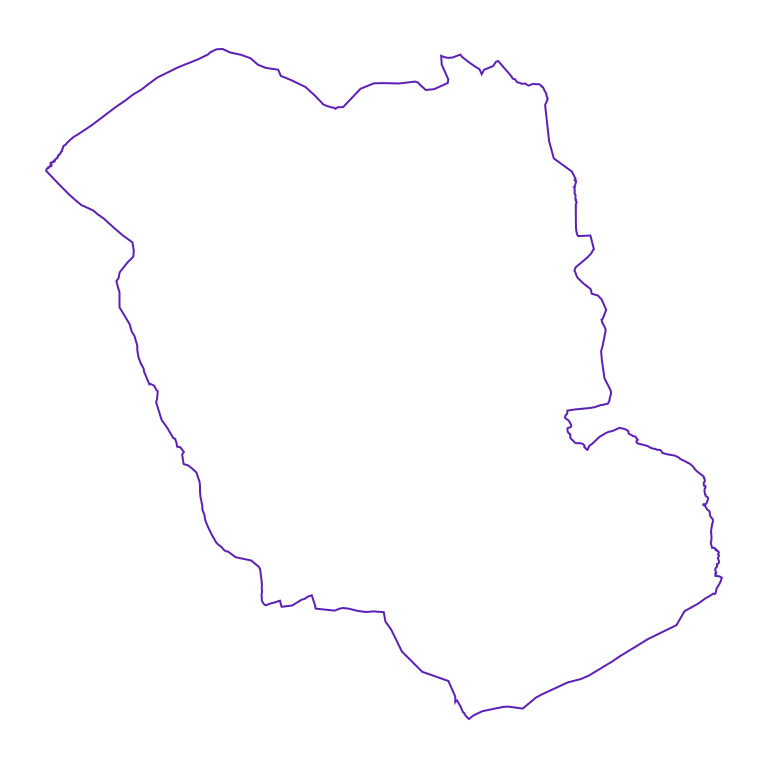 Hjartdal nor, Telemark, Norway (Albers equal-area conic projection)
{"feature_id": "86288312B76434721018946", "entity_name": "Hjartdal nor", "entity_type": "district", "adm_level": 2, "iso_a3": "NOR", "parent_name": "Norway", "parent_adm1": "Telemark", "projection": "albers", "projection_center": [8.717, 59.692], "detail": "fine", "context": "isolated", "style": "outline", "palette": "violet", "viewbox_px": 768, "rotation_deg": 0, "n_neighbors": 0, "source": "geoboundaries", "source_scale": "gbopen_adm2", "svg_char_len": 6000}
<svg xmlns="http://www.w3.org/2000/svg" viewBox="0 0 768 768"><path d="M469.0,719.0L473.3,715.5L482.4,711.2L503.2,706.9L508.4,706.6L522.7,708.6L535.9,697.6L542.6,694.0L567.8,682.4L580.9,679.0L588.8,675.6L612.5,661.3L619.0,656.8L647.9,639.1L676.5,625.1L684.5,611.2L698.0,603.7L705.5,598.3L708.4,596.8L713.3,593.6L714.5,594.0L715.5,593.4L716.7,588.2L719.3,584.2L720.6,581.2L721.0,580.9L721.2,579.3L721.9,577.9L720.4,576.8L719.0,576.3L715.4,575.9L715.4,575.2L715.7,574.6L715.2,573.9L715.2,573.6L716.3,572.8L715.4,570.7L715.2,569.6L715.3,569.0L715.9,567.8L717.0,566.7L716.9,564.1L718.1,563.8L718.7,562.9L719.1,561.6L717.8,558.1L718.6,556.9L718.9,555.5L718.8,555.0L718.0,554.5L718.9,552.3L717.2,550.4L716.7,550.5L716.7,550.3L715.6,549.8L715.9,549.4L715.6,548.8L713.9,547.8L712.1,547.9L711.0,544.0L710.7,542.2L711.3,540.8L711.5,538.5L711.2,532.4L710.9,532.1L712.2,523.6L712.9,522.4L712.8,519.4L710.5,516.5L710.1,515.6L709.7,512.2L709.3,511.1L707.0,509.3L705.2,506.1L703.3,505.0L703.5,504.2L705.6,504.2L706.1,503.9L706.6,503.0L708.1,498.9L708.0,498.0L707.5,497.2L705.5,495.7L705.5,494.5L705.0,494.2L704.5,491.0L704.6,489.3L704.7,488.7L705.4,487.8L705.5,487.0L705.3,485.9L704.0,485.7L703.6,482.9L704.7,481.6L704.9,480.2L704.4,478.6L703.9,478.1L704.1,477.4L703.0,476.0L697.4,471.7L695.3,469.7L692.9,466.4L690.0,463.9L680.0,458.8L679.4,457.9L677.1,456.7L674.8,455.6L667.8,454.4L662.5,453.0L661.9,452.3L661.1,450.6L659.7,449.9L657.6,449.9L655.0,448.8L653.3,448.8L652.1,448.1L650.9,448.0L650.0,447.3L647.3,445.9L637.5,443.4L636.5,442.1L636.4,441.2L637.4,440.4L637.7,439.6L636.6,438.7L635.7,436.7L632.9,436.1L632.5,435.6L628.7,433.7L628.4,432.7L628.5,431.5L627.2,430.3L624.9,429.1L619.5,427.8L613.9,430.4L611.7,431.2L608.7,431.8L605.6,433.2L599.3,437.0L592.7,443.4L590.1,445.2L589.2,446.0L587.5,449.8L586.5,449.4L585.7,448.3L584.7,447.5L584.3,447.0L584.4,445.3L582.7,443.9L580.0,443.1L576.3,443.2L575.0,442.7L574.0,441.8L573.3,440.7L572.2,440.0L570.6,438.1L570.2,437.1L570.4,434.7L569.7,433.7L568.6,433.1L567.8,431.8L567.4,430.3L567.6,428.1L570.4,427.2L571.1,426.5L571.2,425.7L571.0,424.8L569.4,421.5L568.0,420.0L566.3,419.0L565.0,417.6L565.5,415.4L567.2,413.7L567.4,410.6L574.5,409.5L590.0,408.0L595.0,407.1L601.5,404.8L602.2,405.1L604.3,404.4L607.8,403.7L609.0,401.7L609.5,400.1L609.9,397.5L610.8,394.7L611.1,392.7L610.5,390.0L604.5,378.4L601.9,360.4L601.1,351.1L602.5,346.5L605.6,330.8L605.5,329.2L603.9,325.3L603.0,324.0L602.7,323.2L602.1,322.5L602.0,321.4L601.5,319.7L602.8,318.6L606.2,309.8L601.6,299.4L597.9,295.5L591.7,293.7L590.9,289.6L590.0,288.6L582.5,282.7L577.6,277.8L576.4,275.5L575.5,272.6L574.4,270.8L575.6,267.3L586.3,258.4L590.0,254.7L591.4,253.1L593.2,249.7L593.9,249.1L590.4,235.5L578.1,236.1L577.2,234.5L576.4,231.4L576.0,228.3L575.9,223.7L575.8,206.3L575.9,206.2L575.7,206.0L575.8,205.3L576.0,203.7L576.7,202.4L576.1,201.6L576.0,200.0L575.6,200.0L575.4,199.0L575.5,196.1L575.3,194.3L574.5,193.4L574.8,190.3L574.4,189.2L574.8,187.9L574.5,187.0L574.1,186.9L574.9,186.0L576.2,181.1L575.2,180.7L574.6,180.0L575.6,178.9L571.8,171.5L553.8,158.4L549.1,141.1L545.1,105.0L547.5,99.7L547.3,99.1L547.6,98.0L546.5,95.9L546.6,95.2L546.2,94.2L546.3,93.6L545.2,91.9L543.0,87.3L541.8,86.7L541.7,86.3L541.2,86.1L540.7,85.1L539.1,84.2L534.8,84.2L533.3,83.8L531.9,84.2L528.8,85.6L526.6,84.6L525.4,83.5L521.6,83.8L519.4,82.7L517.3,82.3L514.9,79.2L512.6,78.6L511.5,76.4L498.2,61.0L496.1,61.7L493.1,66.1L484.0,69.8L481.7,74.2L479.4,69.1L474.9,66.5L468.6,62.0L462.2,57.0L460.3,54.6L452.9,57.4L448.5,57.9L444.9,57.3L441.2,55.8L441.7,64.6L448.3,79.4L447.7,83.0L434.3,89.1L425.9,90.0L420.3,85.1L418.0,82.5L414.8,81.6L399.0,83.5L384.2,83.1L373.9,83.3L360.5,88.8L343.1,107.1L337.7,107.3L335.5,108.8L333.6,107.6L332.0,107.5L326.4,105.8L323.3,104.4L315.0,95.7L305.5,87.0L290.9,80.0L280.8,75.9L278.2,69.7L265.8,67.9L257.9,64.7L250.5,58.2L240.6,54.7L230.5,52.6L222.6,49.0L216.5,49.3L210.2,52.3L208.1,54.4L197.7,59.5L178.5,67.1L157.4,77.5L146.8,85.3L142.0,89.2L132.7,94.8L125.3,100.5L114.8,107.7L91.9,125.1L77.3,134.8L74.1,136.6L69.6,140.3L68.3,141.9L67.1,142.6L66.3,143.9L64.9,145.2L63.5,145.9L63.2,147.3L62.7,147.8L62.7,148.9L61.8,150.1L61.8,150.5L62.1,151.0L60.6,152.3L60.8,152.7L60.3,153.6L59.6,154.4L58.3,155.1L58.4,156.0L57.9,156.3L57.9,156.7L57.4,157.2L57.2,158.1L55.3,159.3L54.9,160.4L54.5,160.5L54.8,160.8L54.5,161.4L53.8,161.3L53.8,161.8L53.5,162.2L52.1,162.1L50.5,162.9L50.7,163.6L50.7,164.3L51.3,164.5L50.8,165.1L51.5,165.5L51.5,165.9L50.7,166.4L49.7,166.3L48.7,167.8L48.1,167.5L47.8,168.1L46.9,168.7L46.2,170.3L46.1,170.8L58.4,183.7L69.2,194.6L75.7,200.4L81.3,205.0L93.2,210.5L98.0,214.5L103.8,218.6L113.9,227.8L122.8,235.4L132.4,242.4L133.8,250.5L133.3,256.6L127.2,262.8L119.6,272.5L118.6,278.1L116.4,281.0L117.9,287.1L119.5,292.2L119.5,307.3L129.6,324.1L131.7,331.5L134.6,336.3L137.3,345.8L137.3,350.1L138.4,356.9L140.7,363.3L143.7,368.8L143.9,371.2L149.4,384.4L150.5,383.9L154.3,385.8L155.8,389.0L157.8,391.4L157.0,399.2L156.1,402.2L161.6,419.9L167.1,427.6L173.3,438.1L175.2,438.8L175.7,440.7L176.5,442.7L177.0,446.3L177.3,446.8L180.1,447.1L183.9,452.0L182.3,454.2L182.2,455.1L183.6,463.8L184.1,464.3L187.8,465.2L191.4,467.9L196.4,472.5L199.6,482.0L200.0,486.1L200.0,491.9L200.5,497.1L201.3,500.4L201.4,501.9L202.1,504.3L202.5,510.0L204.5,515.2L205.2,520.1L207.8,526.5L211.4,534.0L216.1,542.3L217.6,544.0L221.7,547.3L224.4,550.4L226.5,551.4L227.9,551.5L235.6,557.2L251.2,560.5L258.6,566.6L260.1,569.1L261.6,580.9L261.9,585.4L261.7,588.5L262.1,591.1L261.6,594.3L261.8,600.7L264.1,604.3L265.4,605.2L266.6,605.1L270.8,603.3L273.4,602.8L280.0,600.7L281.1,605.3L281.7,606.8L292.1,605.5L302.2,599.4L304.0,599.2L308.4,596.4L311.8,595.3L315.1,605.7L315.6,608.6L334.7,610.6L339.7,608.6L343.2,608.0L349.0,608.7L357.6,610.9L365.8,612.0L373.9,611.4L383.8,612.2L385.4,621.5L391.1,629.5L401.9,651.5L422.2,671.8L448.4,681.0L455.2,696.4L455.3,701.8L456.0,700.7L457.0,700.3L460.6,706.7L461.4,708.8L462.7,711.3L462.7,711.9L464.3,713.1L464.3,713.5L466.0,716.2L469.0,719.0Z" fill="none" stroke="#5b21b6" stroke-width="2"/></svg>